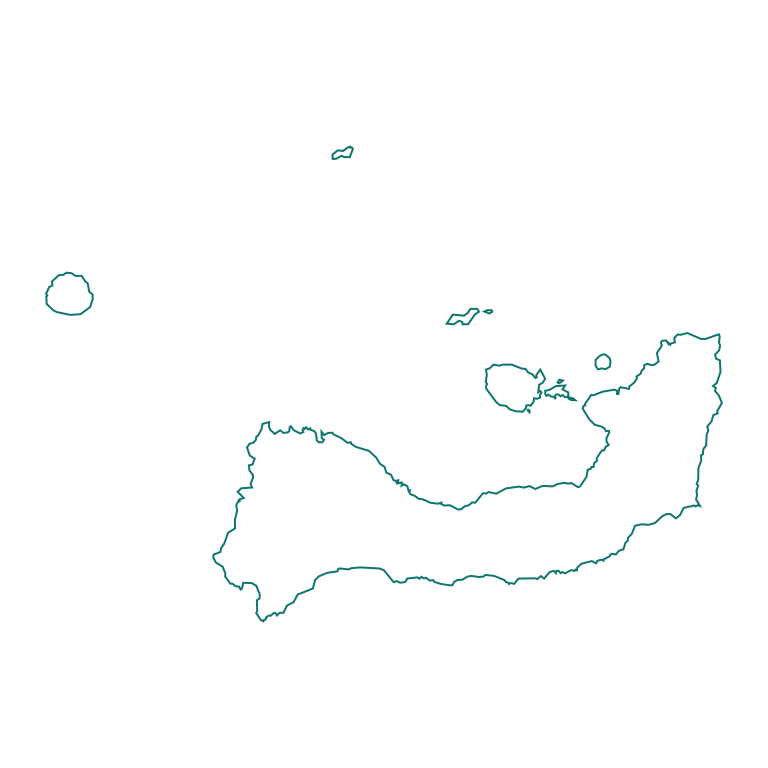 Sikka, Nusa Tenggara Timur, Indonesia (orthographic projection)
{"feature_id": "22746128B25889265457696", "entity_name": "Sikka", "entity_type": "district", "adm_level": 2, "iso_a3": "IDN", "parent_name": "Indonesia", "parent_adm1": "Nusa Tenggara Timur", "projection": "orthographic", "projection_center": [122.277, -8.457], "detail": "fine", "context": "isolated", "style": "outline", "palette": "teal", "viewbox_px": 768, "rotation_deg": 0, "n_neighbors": 0, "source": "geoboundaries", "source_scale": "gbopen_adm2", "svg_char_len": 6089}
<svg xmlns="http://www.w3.org/2000/svg" viewBox="0 0 768 768"><path d="M260.8,620.0L263.4,621.3L263.6,620.1L265.9,619.2L265.9,617.6L268.9,615.5L270.7,615.7L273.9,612.9L276.1,613.5L276.9,615.4L279.7,612.8L283.4,612.8L287.0,605.6L293.7,602.0L297.7,594.5L312.8,588.6L315.2,579.9L318.8,576.4L326.9,572.9L337.5,571.3L338.2,569.1L339.6,568.4L348.7,569.4L351.3,568.2L360.4,567.4L379.6,568.5L384.0,570.3L393.7,582.2L396.7,581.1L400.1,582.7L405.1,582.1L407.4,578.5L417.8,577.4L419.4,578.7L421.4,576.8L423.8,578.4L426.0,577.7L429.7,580.6L433.1,580.1L434.4,581.9L440.7,583.9L449.9,585.3L452.5,585.2L454.0,582.0L457.4,580.0L462.7,579.6L467.6,576.6L471.4,575.9L478.7,577.0L483.4,576.6L485.4,574.9L494.1,575.9L504.3,580.0L506.1,582.2L508.6,582.7L509.0,584.0L511.0,583.0L514.1,583.9L518.5,578.6L535.6,578.3L537.4,579.1L540.8,576.1L544.2,578.5L549.3,572.4L552.8,571.0L554.2,571.1L555.9,573.2L556.7,570.9L558.6,570.8L560.6,573.2L562.3,572.1L565.2,573.3L571.1,570.1L574.6,571.0L575.2,569.7L577.0,570.3L577.2,567.7L581.5,563.7L591.8,561.1L596.1,563.3L597.3,560.9L601.0,559.7L603.5,560.7L603.6,559.4L609.5,556.5L610.4,554.6L612.0,553.8L615.8,554.5L618.9,550.8L623.4,549.3L625.4,542.9L627.8,540.6L628.0,537.9L631.8,533.8L635.1,525.7L641.6,524.3L648.6,524.8L655.0,523.0L662.4,516.1L666.6,514.0L670.6,514.2L675.9,518.4L680.0,515.1L683.6,507.9L694.3,505.5L695.7,506.5L697.6,505.2L700.0,506.0L696.1,499.5L697.1,494.5L696.4,491.2L698.1,485.7L696.6,483.8L698.2,480.1L698.4,468.5L701.3,460.0L701.0,455.4L702.9,454.2L703.4,448.9L706.2,445.5L706.6,435.0L708.3,430.7L707.2,426.5L711.3,421.8L713.4,415.1L717.7,413.4L717.2,411.2L721.9,402.9L718.8,395.4L715.0,391.0L715.8,387.9L713.0,386.0L716.8,383.0L720.5,371.8L719.9,360.3L716.1,358.7L715.1,354.6L719.1,350.3L720.1,345.5L719.0,342.6L719.7,336.3L718.9,334.3L705.4,339.0L700.9,338.9L687.2,333.0L680.5,334.8L677.6,334.5L674.2,338.1L674.9,342.4L670.5,343.6L670.2,344.7L669.0,343.5L669.1,345.1L666.3,340.5L662.0,340.8L661.0,342.6L661.7,345.8L656.9,353.2L658.6,361.4L654.7,364.6L651.7,365.2L647.4,363.8L644.3,365.1L644.1,368.3L641.6,370.8L640.5,373.9L636.6,376.4L636.9,378.3L634.1,382.7L629.5,386.4L629.0,388.9L620.5,387.2L619.3,388.3L618.3,394.1L617.0,393.9L617.2,390.8L614.6,389.6L602.6,391.7L593.3,395.3L591.2,394.9L584.9,404.1L585.2,405.3L583.3,406.2L582.8,408.8L589.3,419.4L594.8,424.8L601.6,426.6L604.8,428.8L606.0,431.2L609.0,431.0L609.3,432.4L606.4,438.4L606.6,441.7L608.7,445.0L605.8,446.7L604.0,450.4L602.2,450.4L600.8,451.9L596.7,458.3L596.8,461.0L594.2,463.0L593.5,467.0L591.5,467.0L590.4,469.1L587.7,469.7L586.5,476.9L580.1,486.4L578.0,487.2L571.2,482.9L569.3,483.6L563.9,482.9L558.0,483.9L552.4,486.4L542.6,485.9L535.2,489.0L529.5,486.1L523.9,487.6L518.8,486.6L506.0,488.4L496.3,493.7L488.4,492.0L486.4,493.6L483.0,493.2L475.2,502.7L472.1,502.4L469.0,505.2L464.6,506.4L461.1,509.3L457.5,509.3L450.1,505.3L444.2,505.5L441.3,504.0L441.4,502.6L438.2,503.7L430.6,502.8L423.0,499.4L418.7,498.8L414.7,495.8L410.6,494.3L409.1,491.9L409.2,491.1L409.9,490.7L409.9,490.3L408.6,490.9L407.3,486.1L403.7,484.3L401.6,485.8L401.8,482.5L397.7,483.4L398.6,479.3L396.6,482.4L395.9,480.8L393.6,480.3L391.0,474.7L386.3,472.6L384.5,466.8L380.0,463.8L376.2,457.6L369.1,450.9L355.9,446.9L351.1,443.7L350.8,442.2L347.6,442.9L341.3,438.1L333.4,434.3L332.4,432.7L328.0,433.0L324.3,435.1L321.5,431.7L321.8,438.1L324.0,439.9L322.4,442.3L318.6,442.2L316.8,440.4L316.0,433.5L314.4,431.2L310.8,429.9L310.2,428.4L308.2,429.5L306.0,427.3L304.6,429.0L303.6,428.1L302.5,429.9L303.4,432.0L300.3,433.5L293.7,430.2L290.8,426.2L289.7,427.1L289.3,431.1L287.7,432.4L283.4,432.9L280.1,430.3L274.8,433.9L270.2,429.8L268.8,426.1L269.3,422.1L262.5,423.9L261.4,429.5L258.1,435.5L256.4,436.6L255.8,440.0L253.5,442.6L249.5,443.8L247.0,447.4L249.8,455.6L254.7,458.7L252.4,464.6L249.0,465.3L249.4,470.4L252.9,475.0L253.0,477.9L250.6,484.0L252.1,487.5L241.3,488.3L237.6,491.8L243.8,498.0L239.6,499.3L238.7,500.4L239.7,501.1L237.5,502.5L236.2,505.5L237.2,510.8L234.9,519.7L235.0,528.5L228.1,532.7L224.2,543.6L221.1,548.1L220.4,552.0L213.8,554.5L213.2,557.0L215.7,562.4L222.6,566.7L225.4,573.5L225.1,576.5L230.4,583.7L232.5,583.7L235.6,586.2L239.1,586.7L240.6,589.5L242.0,588.5L243.2,582.8L251.8,583.1L256.3,585.8L259.7,594.1L259.6,598.5L256.9,600.2L257.2,611.0L256.2,613.0L260.8,620.0ZM511.7,364.6L501.7,364.7L500.1,365.7L493.5,364.7L489.6,368.4L486.0,369.5L486.8,375.0L485.8,381.7L487.1,384.1L485.9,386.4L486.3,388.7L496.2,402.1L499.9,405.1L506.1,405.9L509.9,409.4L515.9,411.3L522.7,411.7L526.0,408.2L526.1,405.8L528.1,405.0L530.6,405.8L533.6,401.6L534.0,398.2L536.8,398.8L540.2,397.5L540.0,394.9L541.5,392.4L540.1,391.0L538.2,392.3L539.2,384.8L542.6,382.8L545.2,378.9L540.3,369.6L536.3,375.1L536.8,377.3L535.3,377.9L532.4,374.3L528.2,372.5L525.5,368.9L521.7,368.6L511.7,364.6ZM66.4,272.7L63.4,274.8L58.8,275.2L52.0,281.4L52.4,285.6L49.2,287.0L46.1,293.8L47.3,295.6L46.3,296.6L46.7,304.0L53.1,310.2L56.9,312.1L70.3,314.9L80.5,314.2L90.1,307.1L92.6,299.5L92.7,294.6L89.2,291.6L87.7,283.3L85.2,281.4L81.7,275.8L75.5,275.9L71.4,273.2L66.4,272.7ZM477.2,308.9L470.4,308.9L467.9,312.8L464.0,315.7L452.9,314.6L446.7,323.7L453.7,324.3L459.0,320.8L462.3,321.9L462.6,324.3L468.1,324.2L474.8,314.6L479.0,311.7L477.2,308.9ZM605.0,354.4L602.5,354.5L599.4,356.2L595.6,359.9L595.6,365.7L598.0,369.4L601.6,368.4L605.8,369.1L609.8,366.6L610.5,361.5L609.6,358.0L605.0,354.4ZM565.1,385.5L556.0,386.1L549.0,390.1L545.2,390.7L545.3,394.2L546.5,395.9L548.4,394.6L550.8,396.4L554.1,397.0L555.6,399.1L555.0,396.0L556.1,394.5L558.6,394.5L560.6,396.3L562.6,395.0L565.0,397.2L567.0,397.1L568.4,395.1L568.1,392.3L562.5,389.4L565.1,385.5ZM350.3,147.7L350.0,146.7L347.5,147.6L343.2,150.9L337.7,150.4L332.5,154.6L332.7,158.9L335.8,158.9L341.6,155.8L344.0,157.0L349.8,157.2L352.9,148.8L351.6,147.3L350.3,147.7ZM491.7,310.2L487.4,310.2L484.3,311.5L489.4,313.5L492.2,311.8L491.7,310.2ZM575.3,400.2L573.5,398.6L568.3,397.1L568.6,398.6L570.8,399.9L575.3,400.2ZM558.9,383.3L560.7,382.4L562.9,380.6L559.3,379.7L557.6,382.5L558.9,383.3ZM529.7,410.8L528.2,409.7L527.7,410.4L529.4,412.3L529.7,410.8Z" fill="none" stroke="#0f766e" stroke-width="2"/></svg>